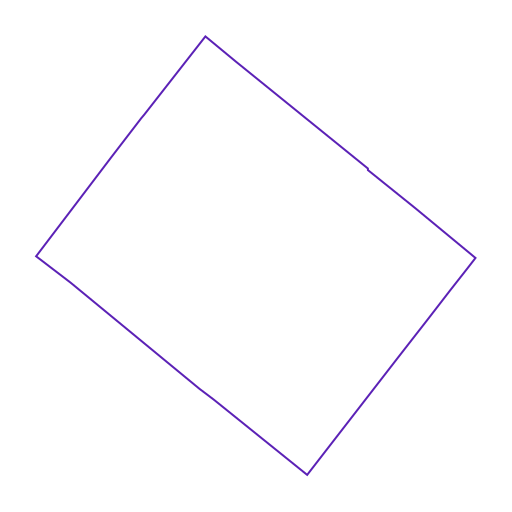 Johnson, Indiana, United States of America, rotated 129°
{"feature_id": "52423323B4886498471892", "entity_name": "Johnson", "entity_type": "district", "adm_level": 2, "iso_a3": "USA", "parent_name": "United States of America", "parent_adm1": "Indiana", "projection": "albers", "projection_center": [-86.118, 39.49], "detail": "fine", "context": "isolated", "style": "outline", "palette": "violet", "viewbox_px": 512, "rotation_deg": 129, "n_neighbors": 0, "source": "geoboundaries", "source_scale": "gbopen_adm2", "svg_char_len": 411}
<svg xmlns="http://www.w3.org/2000/svg" viewBox="0 0 512 512"><g transform="rotate(129 256 256)"><path d="M394.6,426.7L393.4,383.4L394.8,216.3L394.2,198.7L393.9,78.5L247.2,81.7L220.9,82.2L198.8,82.6L160.3,83.5L133.1,83.9L119.4,84.2L118.6,162.8L118.8,223.1L117.6,224.1L117.6,393.9L117.2,433.5L216.6,431.8L221.0,431.9L270.9,430.6L324.5,428.9L394.6,426.7Z" fill="none" stroke="#5b21b6" stroke-width="2"/></g></svg>